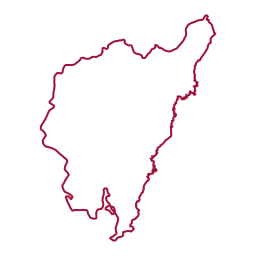 outline of Cat Tien, Lâm Đồng, Vietnam
{"feature_id": "81297802B49537212124970", "entity_name": "Cat Tien", "entity_type": "district", "adm_level": 2, "iso_a3": "VNM", "parent_name": "Vietnam", "parent_adm1": "Lâm Đồng", "projection": "robinson", "projection_center": [107.427, 11.659], "detail": "fine", "context": "isolated", "style": "outline", "palette": "rose", "viewbox_px": 256, "rotation_deg": 0, "n_neighbors": 0, "source": "geoboundaries", "source_scale": "gbopen_adm2", "svg_char_len": 5812}
<svg xmlns="http://www.w3.org/2000/svg" viewBox="0 0 256 256"><path d="M208.6,20.0L207.4,20.0L206.9,19.7L206.9,18.9L207.8,16.6L207.1,15.6L206.0,15.4L205.2,15.9L203.4,19.0L202.5,19.7L197.3,20.6L194.9,21.8L190.6,23.3L188.7,24.5L187.7,25.5L186.1,28.4L185.7,30.7L186.0,32.2L186.1,35.1L183.2,40.9L176.9,48.3L170.6,51.3L168.6,51.4L166.1,50.9L163.4,49.5L161.2,48.0L159.5,47.9L157.9,46.5L157.5,45.8L156.3,45.1L155.5,45.0L155.2,45.3L155.2,47.4L154.8,48.0L151.7,49.4L149.9,52.5L147.9,54.0L145.3,57.6L144.5,58.1L143.7,58.1L142.1,57.5L141.8,55.7L141.3,55.2L138.9,54.1L136.7,53.8L134.2,52.6L133.0,49.9L132.4,47.8L131.7,45.9L130.9,45.3L128.4,45.3L125.9,44.0L124.6,42.6L124.9,40.8L123.9,39.7L122.5,39.8L121.5,40.3L119.3,40.4L117.8,41.0L115.3,41.2L113.4,41.9L109.4,44.3L108.1,45.7L108.1,47.4L107.6,48.3L107.1,48.8L106.4,48.9L103.9,47.9L102.7,48.1L102.3,50.2L102.6,52.0L101.3,54.3L100.8,54.9L99.3,55.3L98.7,55.8L96.7,56.8L95.1,57.0L93.9,56.7L92.0,57.0L91.5,57.2L90.6,58.2L88.1,58.8L85.6,58.7L83.2,57.6L81.5,58.0L80.3,59.0L80.0,60.1L74.5,64.5L71.6,65.1L66.4,64.9L65.1,65.4L64.5,66.1L63.2,68.7L62.4,72.4L61.9,73.1L61.1,73.4L57.5,72.9L57.0,73.2L54.9,75.6L54.6,76.2L54.4,77.6L54.3,82.1L54.6,85.6L54.2,89.2L53.5,92.5L53.3,97.2L52.4,98.7L49.6,101.6L49.5,102.3L50.2,103.2L53.4,105.2L54.0,106.2L54.0,106.8L53.5,107.6L49.9,110.1L49.1,110.8L45.6,118.7L41.1,126.0L40.7,128.4L41.2,129.6L42.9,130.8L44.5,132.6L45.4,134.1L45.9,135.6L43.6,138.8L42.7,140.8L43.3,143.7L44.7,145.7L45.7,146.4L50.2,147.6L53.4,148.8L55.7,150.0L58.9,153.0L66.2,159.2L67.2,160.5L67.2,161.7L65.1,166.4L64.7,169.1L65.8,170.8L68.4,173.7L68.7,175.0L65.2,180.3L63.9,183.1L62.5,185.1L62.3,186.0L63.4,189.6L64.6,191.6L69.5,194.1L72.3,196.3L72.4,196.8L72.2,197.4L71.4,198.9L71.1,199.0L70.6,198.8L69.2,197.0L67.9,196.3L66.3,196.4L65.8,197.1L66.0,198.0L66.6,199.0L67.3,201.4L70.6,208.1L72.2,210.5L72.7,210.7L74.8,210.0L79.3,210.1L83.0,209.8L86.7,210.2L87.3,210.6L88.1,213.8L90.1,217.3L92.0,218.4L94.8,218.7L95.9,218.4L96.3,218.0L96.4,217.4L96.2,212.8L97.0,210.6L97.4,210.1L98.5,209.3L101.5,208.9L102.8,206.7L103.4,204.5L102.5,200.4L102.8,197.5L103.9,193.8L103.7,189.6L104.0,189.0L104.9,188.4L106.3,188.4L107.2,189.2L107.7,192.5L109.5,194.8L109.6,195.3L109.2,195.9L107.4,196.2L106.6,197.0L106.2,197.6L106.1,199.1L107.0,201.2L109.5,203.9L109.9,204.7L109.7,205.2L109.2,205.6L105.9,207.4L105.6,208.3L105.6,209.3L108.4,210.3L109.1,210.7L109.9,211.4L111.9,214.1L112.7,214.2L113.8,213.6L114.1,212.5L113.6,211.5L111.2,208.6L110.9,207.3L111.3,206.4L113.3,207.1L113.9,207.8L114.5,209.1L115.0,212.7L117.8,217.7L118.2,218.9L118.0,220.6L115.7,227.7L115.7,229.5L116.4,232.3L116.4,233.7L113.4,236.1L110.5,237.6L110.3,237.9L110.4,238.5L113.0,240.3L114.2,240.6L114.9,240.5L115.9,239.9L117.0,238.4L118.2,237.4L121.9,236.5L122.7,236.0L123.2,235.1L123.1,232.8L123.4,232.0L127.9,231.0L131.4,231.4L133.8,229.0L132.8,227.0L132.2,226.6L130.2,226.3L130.2,225.7L130.4,224.8L131.9,222.9L131.8,220.9L132.1,220.4L133.2,219.5L134.3,219.4L135.1,219.0L137.7,216.4L138.5,215.2L138.8,214.2L138.2,211.9L138.9,210.7L138.9,210.1L138.2,209.7L136.5,207.9L136.0,206.2L136.3,205.4L136.0,204.6L136.0,203.3L136.9,202.6L136.9,201.7L137.5,201.7L137.9,201.1L139.0,200.9L139.5,200.0L139.6,199.3L139.2,198.3L139.5,197.5L139.5,196.7L140.1,196.0L141.4,193.3L142.8,192.3L143.0,190.7L143.7,189.8L143.6,188.9L143.9,188.1L143.6,187.5L143.7,186.5L144.4,185.2L144.6,184.4L145.3,183.6L146.3,182.1L147.4,180.9L148.4,180.5L148.9,179.8L148.9,179.2L148.3,178.4L148.5,177.6L147.3,176.7L148.1,176.1L148.3,174.0L148.7,173.9L148.8,174.7L149.1,174.8L150.7,173.7L152.8,173.5L153.0,173.0L152.4,170.9L152.7,170.1L153.5,170.5L154.8,170.5L154.7,171.3L155.0,171.6L155.3,171.5L155.5,170.5L156.5,170.2L156.1,169.3L154.3,169.0L153.5,168.1L153.7,167.4L154.6,167.4L154.8,166.9L154.5,166.4L154.6,165.7L153.4,165.6L153.6,164.9L153.3,163.9L153.8,162.9L153.9,161.7L153.1,161.0L151.9,160.9L151.6,160.0L150.9,158.8L151.8,158.8L152.7,158.0L152.7,157.6L152.0,156.9L152.0,156.4L152.9,156.2L153.5,156.6L154.0,156.6L154.8,155.6L155.8,155.0L156.3,153.5L157.1,153.4L157.3,152.4L156.3,151.4L156.2,151.0L157.5,150.0L157.3,148.9L158.0,147.6L160.1,146.5L160.4,145.4L160.9,145.4L161.7,144.5L162.5,144.2L163.7,142.6L164.7,141.9L165.5,140.2L166.4,139.9L170.9,136.3L171.3,135.4L170.9,126.9L171.7,127.2L172.3,126.6L171.4,124.6L171.3,123.8L172.3,122.5L172.0,120.9L173.0,120.7L173.5,120.3L173.2,118.0L174.3,116.9L174.1,115.3L174.6,115.2L175.5,116.0L176.1,115.1L175.6,113.9L173.8,113.0L173.8,112.7L174.4,112.0L174.3,111.4L173.1,110.1L172.9,109.6L173.2,109.3L174.3,109.3L174.6,109.1L174.5,108.7L173.5,108.0L173.4,107.7L174.3,106.7L174.2,105.0L175.3,104.2L175.2,103.2L176.0,103.1L176.3,102.8L176.3,101.4L176.9,100.2L177.0,99.3L178.1,98.7L177.6,96.6L178.0,96.3L179.1,96.7L180.4,96.6L181.0,97.2L181.7,99.0L182.5,99.5L183.5,99.1L183.5,97.9L183.7,97.7L184.5,98.8L185.1,98.8L185.3,98.4L185.2,97.1L185.4,96.8L185.9,96.8L186.6,97.4L186.9,97.4L186.3,95.6L186.4,94.9L187.8,95.7L188.4,95.2L189.3,94.9L189.4,94.6L189.5,93.2L190.5,93.4L190.7,93.2L190.0,91.9L190.2,91.4L192.0,92.8L193.7,93.7L194.2,94.8L194.8,94.7L195.3,94.2L195.3,93.9L194.1,93.3L193.8,92.7L195.4,90.7L194.7,89.7L195.1,88.6L195.0,87.9L194.0,86.3L195.5,85.9L196.8,86.2L197.3,86.0L197.5,85.3L196.7,84.4L197.2,84.2L197.0,83.2L197.5,82.5L196.3,82.1L196.0,81.4L194.5,80.6L195.1,79.4L194.5,78.7L195.0,77.0L194.6,76.3L195.0,75.3L194.6,74.8L194.7,74.0L194.3,73.4L194.0,72.3L194.2,70.5L194.8,69.2L194.6,68.4L194.9,67.5L194.8,66.1L195.2,65.3L195.7,65.2L195.8,65.0L195.9,63.9L196.3,62.7L197.4,61.8L198.1,60.5L198.7,60.3L199.6,60.5L199.8,59.9L200.3,59.6L200.9,58.0L204.9,52.6L207.4,48.4L208.3,44.8L209.3,43.5L210.8,42.6L210.5,40.1L210.6,39.1L210.9,38.4L212.3,36.4L213.4,35.7L215.3,33.7L215.2,33.4L214.2,33.0L213.6,30.3L212.5,27.6L212.1,25.3L210.8,23.5L209.0,22.2L208.7,21.5L208.6,20.0Z" fill="none" stroke="#9f1239" stroke-width="2"/></svg>